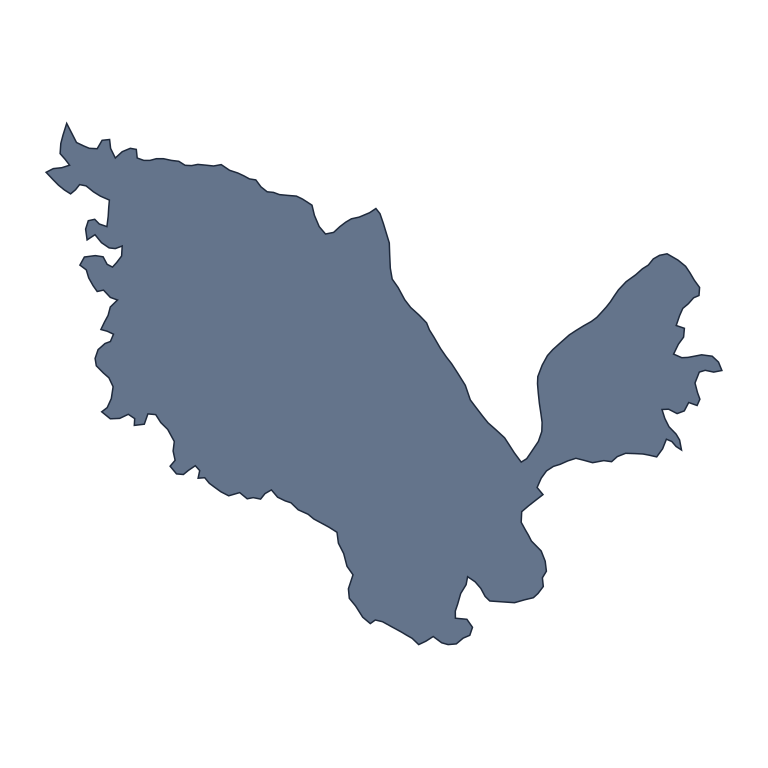 Ibiaçá, Rio Grande do Sul, Brazil (Robinson projection)
{"feature_id": "56859067B35594515924132", "entity_name": "Ibiaçá", "entity_type": "district", "adm_level": 2, "iso_a3": "BRA", "parent_name": "Brazil", "parent_adm1": "Rio Grande do Sul", "projection": "robinson", "projection_center": [-51.78, -28.103], "detail": "fine", "context": "isolated", "style": "filled", "palette": "slate", "viewbox_px": 768, "rotation_deg": 0, "n_neighbors": 0, "source": "geoboundaries", "source_scale": "gbopen_adm2", "svg_char_len": 3970}
<svg xmlns="http://www.w3.org/2000/svg" viewBox="0 0 768 768"><path d="M543.0,494.6L537.1,487.5L541.2,478.2L546.5,470.9L553.4,466.4L560.2,464.3L567.8,460.9L575.9,458.3L583.2,460.1L592.6,462.7L603.8,460.6L611.6,461.7L617.3,456.6L625.6,453.3L635.0,453.6L643.0,454.0L648.8,455.1L656.7,456.9L662.6,448.8L666.4,439.2L671.8,441.5L676.1,446.5L681.5,450.0L679.6,440.0L676.1,434.1L669.0,426.8L664.8,418.4L662.0,409.5L668.6,409.2L677.1,413.6L684.3,410.9L688.7,402.5L697.1,405.5L699.9,399.2L697.5,392.6L695.0,383.0L699.3,372.1L705.2,370.3L713.7,372.1L721.9,370.5L718.5,362.1L712.2,356.2L701.6,354.8L694.4,356.2L688.0,357.4L681.8,357.7L673.6,354.1L678.4,344.2L683.6,337.1L684.4,328.3L676.2,325.5L679.6,315.6L682.8,308.4L688.4,303.7L693.6,297.8L699.0,295.5L699.6,287.5L694.3,280.2L690.0,272.9L685.6,266.3L678.0,260.1L667.1,253.8L659.6,255.3L653.3,258.9L648.3,265.1L642.4,268.8L635.8,274.7L626.1,281.7L618.5,289.8L614.2,296.0L610.4,301.8L606.3,307.0L601.9,311.9L596.9,317.3L591.3,321.5L583.8,325.7L576.0,330.5L569.3,334.9L558.8,344.2L552.8,349.6L547.5,355.5L542.2,365.1L537.8,376.6L537.5,383.7L538.3,393.3L539.4,403.6L540.9,413.5L542.1,422.4L541.8,431.5L538.4,441.4L530.2,453.6L526.7,458.7L521.2,462.1L514.3,452.8L508.9,444.4L504.6,437.8L495.5,429.4L488.0,422.8L482.7,416.2L474.5,405.5L470.3,399.9L465.3,385.3L457.5,372.8L451.6,363.7L446.3,356.9L440.5,348.5L433.9,337.1L429.4,329.9L426.6,322.9L419.4,315.4L410.6,307.4L404.7,299.7L398.1,287.5L392.2,279.1L390.3,268.1L389.7,254.9L389.3,243.0L383.4,223.6L380.0,213.7L375.9,208.5L369.6,212.7L359.2,217.1L351.4,218.8L345.8,222.1L339.9,226.6L333.6,232.4L325.5,234.0L319.2,226.6L314.4,215.3L312.0,205.2L302.6,199.1L296.4,196.1L287.8,195.4L279.4,194.6L273.5,192.4L267.2,191.8L261.0,186.9L255.8,179.9L249.4,178.9L244.0,175.9L237.8,173.0L229.6,170.3L221.2,164.6L213.6,166.0L206.2,165.2L197.8,164.4L191.7,165.6L185.1,165.3L178.8,161.3L171.4,160.4L163.5,158.7L156.3,158.7L150.0,160.4L143.8,160.4L137.2,158.0L136.3,149.4L130.3,148.3L122.2,151.7L115.3,158.0L110.6,148.4L109.6,139.5L102.1,140.3L97.2,148.7L89.3,148.3L83.4,145.8L76.5,142.5L71.4,132.5L66.7,123.4L63.0,135.1L60.8,143.5L60.1,153.6L65.2,159.4L69.6,165.2L61.8,167.7L53.3,168.6L46.1,172.3L53.0,179.6L58.4,185.1L64.3,189.9L70.6,193.9L75.5,189.8L79.6,184.6L86.1,185.9L93.4,191.8L100.3,196.1L109.4,200.1L108.7,207.8L108.2,216.3L106.9,226.6L99.3,224.0L94.7,219.3L88.3,220.7L85.6,229.1L87.1,239.9L95.0,234.7L101.5,242.7L109.1,247.9L115.3,248.6L122.2,246.0L121.6,256.0L116.6,262.6L112.5,267.1L107.1,264.3L103.1,256.8L95.3,255.6L84.4,257.0L79.9,265.1L86.3,269.9L88.7,277.9L93.1,285.7L97.2,291.5L103.5,290.1L110.3,297.4L117.5,300.0L110.3,307.0L108.1,315.4L104.5,322.0L100.9,329.5L107.1,331.2L113.5,334.2L110.4,341.5L105.0,343.5L98.1,349.6L95.1,358.4L96.3,365.8L103.5,373.1L108.9,377.8L113.1,386.7L111.3,398.6L107.2,407.6L101.7,411.8L110.3,418.8L119.7,418.4L128.3,414.3L134.7,418.6L134.3,425.4L144.3,424.2L147.9,413.9L155.7,414.6L160.8,422.6L167.7,429.4L174.3,441.5L173.1,451.0L175.1,460.3L170.1,466.2L176.5,473.9L183.4,474.5L188.4,470.4L195.3,465.7L199.7,470.6L198.1,478.2L204.7,477.7L209.3,483.3L214.4,487.1L220.9,491.8L228.7,495.8L239.7,492.6L247.2,498.8L253.2,497.6L260.6,499.1L265.0,493.6L271.4,489.9L277.6,497.2L285.2,500.9L291.0,502.8L298.2,509.8L308.0,514.2L313.8,519.0L328.8,527.1L337.0,532.3L338.4,543.2L343.7,553.6L347.0,566.3L353.0,574.8L348.4,588.8L349.3,598.3L355.6,606.0L362.7,617.2L370.3,623.6L375.3,620.0L382.5,621.7L391.9,626.9L401.3,632.0L406.8,635.3L412.1,638.3L418.7,644.6L425.9,641.2L433.2,636.5L441.7,642.8L448.1,644.6L456.3,643.9L463.2,638.1L469.8,635.3L472.5,627.3L466.9,619.3L455.4,618.2L455.3,611.1L457.6,604.3L460.7,593.5L466.1,584.7L467.6,576.7L475.1,581.8L480.8,588.4L485.1,596.4L489.8,601.0L514.5,602.7L524.6,599.8L533.4,597.7L538.0,593.5L543.3,586.5L542.4,577.8L546.4,571.2L545.2,561.2L541.2,551.0L536.8,546.5L531.4,541.0L528.4,535.1L525.2,529.6L521.2,522.3L521.7,511.7L528.6,505.8L534.6,501.1L543.0,494.6Z" fill="#64748b" stroke="#1e293b" stroke-width="1.5"/></svg>